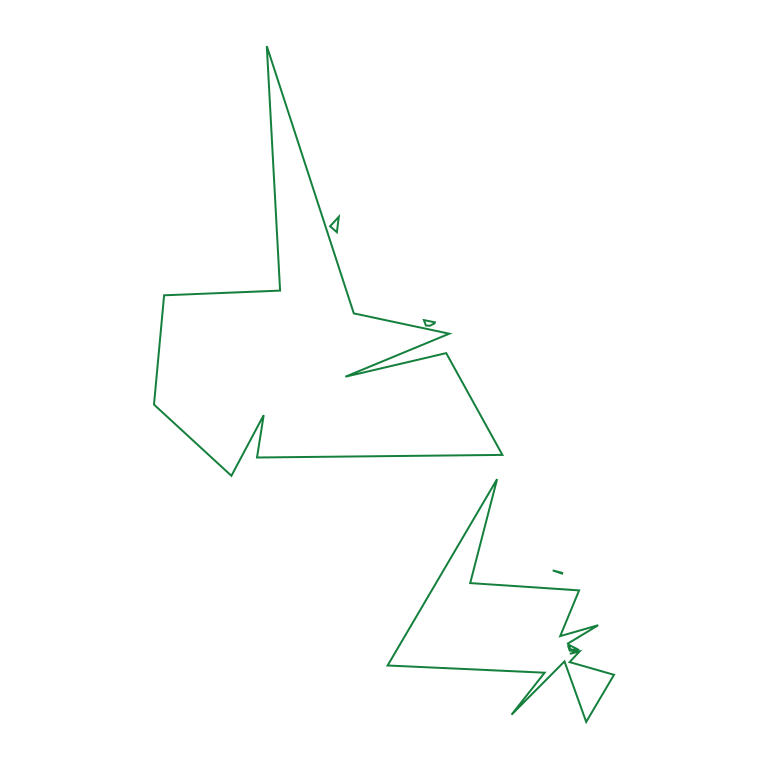 map outline of Newfoundland and Labrador (orthographic projection)
{"feature_id": "CAN-686", "entity_name": "Newfoundland and Labrador", "entity_type": "Province", "adm_level": 1, "iso_a3": "CAN", "parent_name": "Canada", "parent_adm1": "", "projection": "orthographic", "projection_center": [-58.847, 53.496], "detail": "coarse", "context": "isolated", "style": "outline", "palette": "green", "viewbox_px": 768, "rotation_deg": 0, "n_neighbors": 0, "source": "natural_earth", "source_scale": "10m", "svg_char_len": 730}
<svg xmlns="http://www.w3.org/2000/svg" viewBox="0 0 768 768"><path d="M266.8,46.1L353.8,313.4L449.2,333.7L345.4,376.7L446.2,353.1L502.4,454.9L257.0,457.5L263.7,415.1L231.4,475.8L154.0,404.6L164.1,295.3L280.1,290.6L266.8,46.1ZM614.0,674.8L586.2,721.9L564.5,661.4L511.5,714.7L544.6,672.7L387.6,665.5L497.1,479.1L470.2,583.1L579.1,590.4L560.2,636.1L598.2,625.2L568.5,643.2L568.2,646.2L569.7,650.6L577.7,651.2L569.8,653.8L579.6,651.4L569.6,662.1L614.0,674.8ZM330.1,226.3L338.8,216.8L336.9,232.2L330.1,226.3ZM423.9,320.1L434.9,322.3L434.5,323.4L429.8,325.8L425.9,325.5L423.9,320.1ZM562.0,573.6L552.7,570.4L562.2,572.9L562.0,573.6ZM568.4,644.6L579.1,650.1L570.6,649.5L568.4,644.6Z" fill="none" stroke="#15803d" stroke-width="2"/></svg>